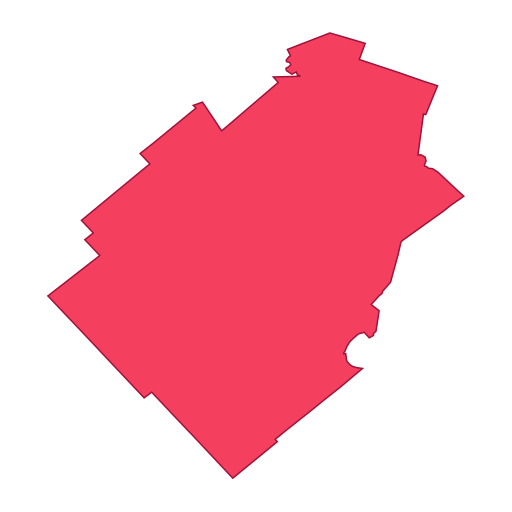 outline of Furculesti, Teleorman, Romania, rotated 179°
{"feature_id": "2599482B14678556390111", "entity_name": "Furculesti", "entity_type": "district", "adm_level": 2, "iso_a3": "ROU", "parent_name": "Romania", "parent_adm1": "Teleorman", "projection": "natural_earth1", "projection_center": [25.141, 43.878], "detail": "fine", "context": "isolated", "style": "filled", "palette": "rose", "viewbox_px": 512, "rotation_deg": 179, "n_neighbors": 0, "source": "geoboundaries", "source_scale": "gbopen_adm2", "svg_char_len": 1941}
<svg xmlns="http://www.w3.org/2000/svg" viewBox="0 0 512 512"><g transform="rotate(179 256 256)"><path d="M464.8,219.7L464.1,219.0L461.9,216.6L458.2,212.5L456.0,210.1L446.3,199.5L435.1,187.3L421.6,172.5L418.5,169.1L409.2,158.8L370.3,116.1L362.7,121.7L338.6,95.2L332.7,88.8L326.4,81.9L324.5,79.9L323.1,78.4L306.2,59.7L283.1,34.3L249.5,60.8L237.9,70.0L240.0,72.3L239.0,73.2L234.8,76.5L228.5,81.5L225.3,83.9L213.3,93.1L207.6,97.4L191.8,109.8L173.5,123.8L151.5,141.7L157.5,142.7L159.4,143.3L161.3,143.9L163.8,145.6L166.6,148.7L167.3,150.6L168.0,156.8L169.8,156.6L170.2,157.3L169.5,158.3L168.8,159.0L167.1,163.1L165.8,165.4L164.1,168.1L162.8,169.5L158.7,173.2L154.9,176.3L153.2,176.8L151.3,177.2L149.3,177.9L145.3,173.5L144.2,172.2L139.9,174.5L139.9,176.3L137.3,178.8L136.9,181.4L136.1,185.9L135.1,191.8L134.6,194.6L134.1,197.8L133.9,199.2L137.0,201.7L141.7,205.4L141.6,205.6L133.0,214.7L132.1,215.1L131.1,216.1L130.2,217.1L130.1,218.4L121.9,227.5L118.9,237.9L113.8,255.2L110.9,267.1L109.4,268.9L81.0,288.5L67.3,297.9L60.3,303.4L47.6,311.8L47.2,312.1L53.9,318.5L72.9,336.9L74.7,338.1L77.9,340.2L82.2,340.8L83.5,342.2L85.7,343.0L86.0,343.8L85.5,345.5L84.3,348.0L85.2,352.0L89.3,354.3L92.2,354.1L91.9,356.8L86.1,395.0L83.9,394.4L83.6,394.9L82.6,397.2L74.9,415.2L71.5,423.0L85.7,427.9L107.1,435.8L109.8,436.8L136.6,446.2L148.9,450.5L149.3,450.7L143.1,466.7L178.3,477.7L221.0,462.0L218.0,455.5L219.4,454.9L221.6,452.3L222.4,451.2L222.0,449.7L220.2,449.4L218.9,448.8L218.0,447.0L218.2,446.3L220.2,444.5L222.7,443.3L222.7,441.7L222.1,440.6L216.8,437.1L214.8,438.3L212.4,439.2L212.1,438.1L211.6,436.9L211.4,436.0L210.7,435.6L210.0,435.9L209.1,435.7L209.2,434.9L235.5,434.7L230.8,429.1L282.9,386.0L288.2,381.7L291.4,386.8L306.8,410.8L316.1,407.7L313.4,405.0L314.1,404.4L357.3,370.2L370.1,360.5L365.3,355.2L360.5,349.9L368.6,343.6L429.9,294.7L418.3,281.9L426.9,275.3L412.2,259.2L464.8,219.7Z" fill="#f43f5e" stroke="#9f1239" stroke-width="1.5"/></g></svg>